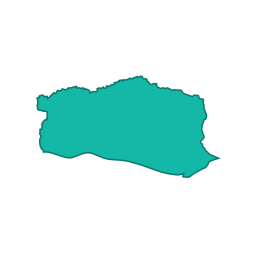 the district of Cornu, Prahova, Romania, rotated 300°
{"feature_id": "2599482B24728633009802", "entity_name": "Cornu", "entity_type": "district", "adm_level": 2, "iso_a3": "ROU", "parent_name": "Romania", "parent_adm1": "Prahova", "projection": "robinson", "projection_center": [25.708, 45.167], "detail": "fine", "context": "isolated", "style": "filled", "palette": "teal", "viewbox_px": 256, "rotation_deg": 300, "n_neighbors": 0, "source": "geoboundaries", "source_scale": "gbopen_adm2", "svg_char_len": 5707}
<svg xmlns="http://www.w3.org/2000/svg" viewBox="0 0 256 256"><g transform="rotate(300 128 128)"><path d="M179.3,113.1L178.3,112.4L177.7,112.2L177.3,111.7L176.6,111.3L177.1,110.3L177.1,110.1L176.9,109.8L176.3,109.4L175.5,109.1L175.2,108.8L173.8,107.4L172.8,107.1L172.6,106.9L172.2,106.2L172.2,105.8L172.3,105.2L172.2,104.9L172.0,104.7L171.3,104.4L170.4,103.7L169.5,103.2L168.5,101.9L167.5,100.8L167.4,100.5L167.6,100.3L167.6,100.2L167.6,99.9L167.3,99.7L167.0,99.7L166.5,100.1L166.3,100.2L165.9,100.1L165.8,99.9L165.9,99.7L166.3,99.1L166.2,98.5L165.7,97.6L165.1,97.1L165.0,96.8L164.6,96.6L164.3,96.5L164.1,96.6L164.1,96.9L164.0,97.1L163.8,97.2L163.5,97.1L162.8,96.0L161.4,94.8L161.1,94.2L160.6,93.8L160.3,93.7L160.1,93.5L159.9,93.9L159.7,94.3L159.2,94.3L158.8,94.2L158.1,93.5L156.8,91.9L156.4,91.6L156.2,91.4L155.4,91.4L154.8,91.2L154.5,90.7L154.4,90.2L154.2,90.0L154.2,89.2L153.9,88.7L153.5,88.4L153.3,88.4L153.0,88.5L152.8,89.0L152.6,89.1L152.2,89.1L151.5,88.7L150.9,88.2L150.6,87.8L150.6,87.3L150.8,86.9L151.1,86.5L151.1,86.3L151.0,86.0L150.5,85.7L148.9,85.2L148.6,85.1L148.5,84.9L148.6,84.1L148.5,83.6L148.1,82.8L147.1,81.9L146.7,81.7L146.0,81.7L145.8,81.9L145.7,82.5L145.2,82.9L144.9,83.1L144.7,83.1L144.1,82.9L143.9,82.8L143.7,82.4L142.8,80.9L142.5,80.3L141.3,78.8L140.8,78.4L140.4,78.1L139.3,77.9L139.2,77.7L139.4,77.4L140.5,76.5L140.9,75.9L141.1,75.4L141.2,74.3L140.9,73.6L140.9,72.8L140.8,71.8L140.5,71.6L139.4,70.9L139.3,70.7L139.6,70.4L140.2,70.1L140.4,69.5L140.3,69.2L140.1,68.8L138.6,67.4L138.6,67.2L138.6,66.4L138.2,65.3L138.0,65.0L137.4,64.3L137.1,63.8L137.1,63.5L137.2,63.3L137.7,63.0L138.3,62.8L138.3,62.6L138.3,62.3L137.5,61.8L136.7,60.9L136.5,60.5L136.1,60.1L135.4,59.8L134.8,59.0L134.2,58.5L133.3,57.3L133.0,56.3L131.0,55.7L130.5,55.4L130.1,55.0L129.7,54.2L129.5,53.4L129.3,52.7L129.2,51.9L128.7,51.4L128.3,51.2L127.7,51.5L126.6,51.1L126.3,50.9L126.1,50.7L126.0,50.4L125.9,49.1L124.9,48.1L124.6,48.1L123.3,48.2L122.7,48.3L122.4,48.3L121.9,48.0L121.7,47.8L121.5,46.5L121.3,46.2L121.1,45.9L120.1,45.7L119.8,45.8L119.2,45.9L118.5,45.3L117.7,45.1L115.3,44.6L113.7,43.9L113.3,43.7L113.2,43.2L113.3,43.1L113.5,42.9L114.7,42.6L114.9,42.3L114.9,41.9L114.6,41.4L113.8,40.6L113.5,40.2L113.5,39.7L113.8,38.8L113.8,38.2L113.8,37.7L113.7,37.3L113.4,36.9L112.4,36.3L111.8,35.5L111.3,35.2L111.1,35.1L110.7,35.2L110.3,35.9L110.1,36.0L109.4,35.3L108.8,34.4L108.4,34.4L108.0,34.6L107.2,35.4L107.0,35.8L106.0,36.5L103.6,37.8L102.3,38.0L99.8,39.9L99.6,39.9L99.3,40.5L98.8,40.9L98.8,41.2L98.9,41.9L99.0,42.2L99.7,43.4L100.2,46.3L100.5,46.9L101.4,48.1L101.5,48.4L101.5,48.9L101.5,49.6L101.2,49.8L100.6,50.7L99.5,51.1L98.8,51.7L95.0,53.2L94.8,53.4L94.7,53.2L94.2,52.8L93.8,52.4L93.2,51.9L92.0,51.6L91.5,51.4L90.6,51.3L90.4,51.3L89.8,51.5L88.7,51.7L88.2,51.4L88.0,52.0L87.8,52.2L87.0,52.4L85.5,53.3L84.9,53.3L83.8,53.8L83.3,53.1L83.0,52.5L82.5,52.6L81.2,53.5L80.5,53.8L79.9,53.9L78.8,54.5L78.6,54.7L78.5,55.3L78.2,55.6L77.2,56.8L76.5,57.3L76.2,57.4L75.1,57.1L74.8,57.1L73.8,57.5L72.1,58.3L70.8,59.2L69.9,60.0L68.5,61.0L68.3,61.2L68.3,61.5L68.2,61.7L67.8,62.0L67.6,62.5L67.1,63.0L66.6,63.8L66.6,64.0L66.8,64.6L66.8,64.8L66.8,65.0L66.1,65.8L64.8,66.7L65.7,68.0L66.5,69.4L67.3,71.2L67.9,72.8L69.0,78.0L69.8,81.6L70.5,85.0L71.4,88.6L72.1,90.6L72.7,92.1L73.9,93.6L74.6,94.5L78.4,97.7L82.8,101.3L83.5,101.8L84.6,103.0L85.1,103.6L86.5,105.5L87.2,107.0L87.5,107.5L88.0,109.3L88.3,111.0L88.8,114.3L90.0,122.3L90.4,124.1L90.8,125.4L91.8,128.0L93.6,131.9L96.4,137.6L97.6,140.2L98.7,143.0L99.0,143.9L100.5,149.7L102.3,156.8L103.0,160.2L105.0,171.3L106.2,177.3L107.1,180.8L108.1,184.2L109.4,188.0L110.1,189.6L111.0,191.9L112.4,194.7L113.8,196.6L114.2,197.2L116.3,199.0L115.2,199.4L113.2,199.9L114.9,203.8L115.6,204.8L117.2,206.0L121.4,207.8L129.9,212.9L132.0,214.6L133.6,215.1L136.0,215.5L137.5,215.2L139.4,215.2L141.1,216.2L147.1,221.6L146.2,213.6L146.2,212.7L146.1,211.9L146.1,210.9L146.3,210.3L146.7,209.5L147.0,208.0L147.2,206.7L147.4,206.1L147.7,205.5L148.6,204.7L148.8,204.3L148.9,203.3L148.9,202.8L149.0,202.5L149.3,201.9L151.0,200.7L151.3,200.5L151.3,200.2L151.3,199.1L151.3,198.6L151.5,198.3L151.8,198.0L152.1,197.8L152.7,197.7L153.4,197.7L154.9,198.0L155.9,198.4L156.4,198.6L156.9,198.6L157.9,198.4L158.8,198.1L160.1,196.1L161.5,194.8L162.0,194.1L162.4,193.3L163.1,192.8L164.3,192.2L166.0,191.6L167.1,190.9L168.4,190.5L169.7,190.6L171.2,190.2L172.1,190.0L172.8,189.8L173.2,189.8L173.5,189.8L173.8,190.0L174.1,190.5L174.4,190.7L175.1,190.8L175.6,190.7L177.3,190.2L178.2,189.7L179.1,188.9L179.8,188.1L179.7,187.9L179.8,187.5L180.3,187.1L180.5,186.8L181.1,186.3L182.8,184.3L184.1,183.3L185.8,182.2L186.4,181.9L186.5,181.6L186.7,181.0L186.8,180.7L187.0,180.6L190.0,179.4L190.3,179.1L190.4,178.7L190.3,178.2L190.1,177.7L189.8,177.1L189.4,175.8L189.4,175.3L189.7,174.4L191.1,173.0L191.2,172.3L190.8,171.5L190.1,170.3L189.9,169.5L189.7,169.0L189.2,168.7L187.8,168.2L187.4,168.0L187.3,167.7L187.2,166.6L186.9,166.0L186.8,165.6L186.8,164.3L186.3,162.8L185.9,160.5L185.8,159.3L185.8,158.1L186.1,157.5L187.1,155.7L187.2,155.0L187.0,154.5L186.8,154.0L186.2,153.5L186.0,153.1L186.0,152.3L185.9,152.0L185.2,151.4L184.5,149.3L184.0,148.7L183.3,148.1L183.0,147.7L182.7,147.1L182.6,143.3L182.4,142.3L182.2,141.8L181.9,141.4L180.9,140.5L180.7,140.1L180.6,139.2L180.4,138.6L179.7,137.5L178.5,136.6L178.4,135.9L178.3,133.6L178.5,132.5L179.0,131.4L180.4,131.0L180.6,130.4L180.6,130.1L179.8,129.3L179.6,128.8L179.4,127.9L177.8,126.9L177.3,126.3L177.1,126.0L177.1,125.6L177.1,124.9L177.9,123.4L177.9,122.5L178.2,121.7L178.6,121.0L179.4,120.1L179.6,119.7L179.7,119.4L179.6,119.1L178.8,117.6L178.6,116.8L178.7,115.7L179.1,115.1L179.6,114.7L179.7,114.2L179.6,113.9L179.3,113.1Z" fill="#14b8a6" stroke="#0f766e" stroke-width="1.5"/></g></svg>